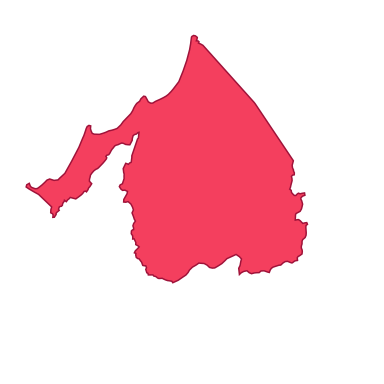 Kuantan, Pahang, Malaysia (Natural Earth projection), rotated 224°
{"feature_id": "92858781B15723972552413", "entity_name": "Kuantan", "entity_type": "district", "adm_level": 2, "iso_a3": "MYS", "parent_name": "Malaysia", "parent_adm1": "Pahang", "projection": "natural_earth1", "projection_center": [103.122, 3.898], "detail": "fine", "context": "isolated", "style": "filled", "palette": "rose", "viewbox_px": 384, "rotation_deg": 224, "n_neighbors": 0, "source": "geoboundaries", "source_scale": "gbopen_adm2", "svg_char_len": 4460}
<svg xmlns="http://www.w3.org/2000/svg" viewBox="0 0 384 384"><g transform="rotate(224 192 192)"><path d="M142.8,113.4L140.6,118.9L139.6,124.0L138.7,128.1L138.9,131.4L139.6,134.1L139.5,138.2L138.3,142.4L137.7,145.6L136.1,146.9L133.6,149.0L130.3,149.9L127.0,149.9L124.5,151.4L122.9,153.2L121.8,157.1L120.8,161.3L120.6,165.4L120.6,168.3L118.1,174.6L116.9,177.7L113.0,178.4L109.9,178.2L108.5,175.7L106.4,172.6L105.4,169.6L100.6,165.6L100.5,168.1L99.6,170.8L97.8,173.5L94.7,173.7L92.4,174.6L91.0,177.0L89.5,178.8L87.7,180.6L87.5,183.1L85.4,185.4L82.1,186.9L80.5,187.8L81.5,190.1L81.9,192.1L81.5,194.3L79.9,197.3L78.6,199.7L77.4,201.1L77.2,204.5L76.6,206.7L75.1,208.5L72.9,209.4L71.2,210.1L70.6,210.8L70.2,213.7L68.8,215.9L68.1,215.7L70.6,217.8L70.9,219.4L70.4,220.6L69.8,223.8L71.3,225.8L72.5,226.8L74.5,227.7L75.8,229.1L76.8,231.1L78.6,233.0L79.3,234.6L79.0,237.8L79.9,240.1L81.4,241.9L85.6,245.7L86.7,247.1L86.5,249.0L88.2,249.7L89.3,248.3L90.5,246.4L92.2,246.4L94.1,246.5L96.1,246.2L96.9,245.4L98.2,243.5L100.1,245.7L101.7,247.5L102.2,248.8L101.4,251.3L100.8,253.2L101.5,255.9L102.7,258.0L104.0,260.1L107.0,261.9L108.8,262.5L109.6,263.5L109.6,265.7L108.5,268.1L110.4,269.5L112.0,267.4L113.0,265.8L114.6,265.1L114.9,263.9L114.9,261.6L116.0,260.6L118.1,260.6L120.1,260.8L121.8,262.1L123.7,261.9L124.3,263.5L125.7,265.8L127.9,269.7L129.4,271.1L131.3,272.3L131.4,273.9L130.4,275.4L131.7,276.9L133.7,277.7L134.2,278.3L136.5,279.2L138.5,280.8L140.5,284.4L140.8,284.9L207.6,299.3L209.5,299.6L286.0,305.1L288.4,304.5L290.8,303.6L291.3,304.9L292.5,304.9L293.9,303.8L294.6,305.5L295.6,306.9L298.0,306.7L299.6,305.7L300.1,303.9L300.0,303.1L295.9,297.6L292.5,292.6L287.1,282.9L282.4,272.8L278.1,262.2L277.0,252.8L276.8,249.9L276.8,245.8L277.2,243.1L278.1,240.0L279.3,236.6L281.2,231.9L282.0,228.7L283.4,227.2L286.1,226.5L288.8,227.4L291.8,228.3L293.3,227.4L293.5,223.6L292.7,220.9L293.3,217.3L292.9,214.8L292.3,212.3L291.2,209.4L290.4,205.8L290.4,201.1L290.4,195.0L289.8,190.8L290.0,185.8L291.0,183.6L292.5,180.9L294.3,178.2L295.4,175.3L296.6,172.8L298.6,169.2L302.6,165.6L304.6,164.9L306.9,165.8L308.9,166.9L310.8,169.2L312.4,168.3L312.9,166.3L312.2,164.2L311.2,162.2L310.0,159.7L308.9,157.3L308.1,155.0L304.4,145.6L299.9,130.3L296.4,117.1L296.8,110.1L296.8,107.6L299.3,104.5L303.4,102.5L304.6,99.8L304.6,96.6L304.8,92.8L305.2,89.7L305.7,87.0L307.1,85.4L310.8,83.8L312.6,84.0L315.1,85.2L315.9,82.4L314.8,80.4L311.7,80.9L305.1,82.5L300.7,83.7L282.6,83.8L281.2,81.2L280.3,80.2L279.4,79.1L278.8,78.9L277.7,79.4L276.4,79.3L275.3,78.2L274.5,77.1L273.5,78.2L273.8,79.7L274.1,81.4L275.0,82.3L275.1,83.7L274.9,85.4L274.8,86.6L276.1,86.9L277.1,89.2L276.7,90.1L276.0,91.1L276.0,92.4L276.8,93.5L277.3,95.0L277.4,96.5L278.0,97.4L275.7,97.7L276.0,100.3L275.7,101.6L275.8,103.5L270.8,106.3L270.2,109.6L269.7,112.7L269.6,115.0L270.0,117.5L269.1,118.7L268.0,118.8L268.4,121.3L269.2,123.2L269.2,124.9L269.9,128.3L273.3,128.5L274.7,130.1L275.6,131.8L276.8,133.7L277.2,136.5L277.3,139.3L276.9,141.6L276.2,143.3L276.1,144.9L276.1,148.9L276.1,150.8L276.3,153.8L276.6,156.4L277.2,157.5L278.7,157.8L278.9,159.1L277.8,161.0L278.1,163.0L278.8,165.3L279.2,167.2L279.3,169.3L279.6,171.3L279.1,173.0L278.1,174.6L277.3,176.8L276.5,178.5L275.0,179.4L272.8,180.1L270.7,181.7L269.5,182.8L270.9,187.6L272.0,188.9L272.8,190.3L273.5,191.7L273.2,193.5L272.2,195.2L272.2,197.1L271.6,198.1L268.0,193.5L268.0,192.3L260.4,176.2L259.3,175.1L258.0,173.3L256.9,171.9L256.4,171.0L257.0,169.6L257.0,167.7L257.9,167.4L259.6,166.6L258.3,162.7L257.7,161.0L255.8,159.5L254.9,158.7L253.3,157.8L251.9,156.2L250.1,154.4L247.8,149.6L248.6,147.2L248.0,145.4L245.1,144.7L243.1,144.9L241.6,146.7L238.8,147.6L237.5,145.6L236.7,142.4L235.9,139.3L234.2,137.3L232.6,138.6L231.3,140.7L227.6,140.9L224.3,139.8L221.7,138.4L220.6,135.3L217.1,133.7L214.5,132.3L212.5,131.8L212.1,128.9L211.0,126.6L209.1,125.6L207.9,124.4L208.5,123.4L208.5,121.9L206.7,119.8L204.4,119.3L202.9,118.0L202.0,117.0L201.1,118.1L197.4,116.7L195.9,115.1L193.7,115.7L191.9,115.8L191.8,113.5L191.9,110.4L191.2,108.2L189.7,108.8L188.6,107.5L186.6,106.2L184.6,106.5L183.6,107.2L181.7,106.8L179.5,106.5L178.1,105.8L176.4,105.0L174.9,105.9L174.0,106.8L172.1,105.9L171.5,104.2L168.4,102.5L167.2,102.9L165.8,102.0L164.5,103.3L163.5,104.3L162.6,105.2L161.1,105.0L159.8,105.8L158.6,106.2L157.1,106.2L155.7,106.8L154.5,108.1L153.5,109.2L151.3,109.9L149.5,110.6L147.9,111.4L146.9,112.2L144.5,113.8L142.8,113.4Z" fill="#f43f5e" stroke="#9f1239" stroke-width="1.5"/></g></svg>